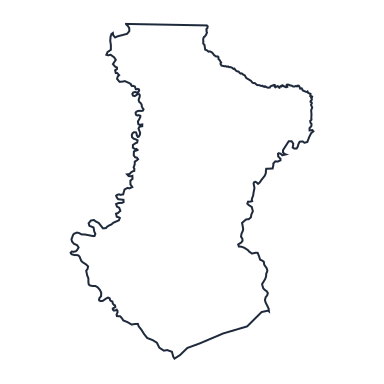 outline of Sherman, Oregon, United States of America, rotated 181°
{"feature_id": "52423323B77848973852884", "entity_name": "Sherman", "entity_type": "district", "adm_level": 2, "iso_a3": "USA", "parent_name": "United States of America", "parent_adm1": "Oregon", "projection": "orthographic", "projection_center": [-120.7, 45.41], "detail": "fine", "context": "isolated", "style": "outline", "palette": "slate", "viewbox_px": 384, "rotation_deg": 181, "n_neighbors": 0, "source": "geoboundaries", "source_scale": "gbopen_adm2", "svg_char_len": 6026}
<svg xmlns="http://www.w3.org/2000/svg" viewBox="0 0 384 384"><g transform="rotate(181 192 192)"><path d="M260.8,358.9L260.7,358.4L259.0,356.9L257.6,354.8L257.5,351.7L259.7,349.0L269.0,346.4L271.6,345.2L273.5,347.4L273.9,349.6L275.3,348.5L276.1,346.0L276.4,341.7L275.7,337.7L275.6,332.8L278.9,330.4L280.0,327.7L278.1,327.2L275.8,327.8L272.3,325.4L270.5,322.8L273.3,318.5L271.0,315.9L269.2,315.2L269.2,313.5L271.0,312.4L270.3,309.6L268.8,309.6L266.9,307.5L268.2,306.4L268.9,303.8L266.4,300.9L263.1,301.2L261.1,301.7L256.6,299.8L254.8,298.6L254.6,297.5L253.8,296.9L252.7,297.1L251.0,296.5L250.0,293.8L248.7,293.8L248.0,294.1L246.9,293.7L246.6,292.5L247.3,291.1L249.2,290.5L250.4,291.0L252.5,290.5L253.4,289.0L252.7,287.3L250.9,286.9L248.8,288.3L248.1,289.1L246.6,288.9L245.9,288.0L246.0,286.1L246.8,284.0L246.9,282.6L246.3,281.1L245.0,280.1L243.9,278.6L243.7,276.7L242.8,274.9L241.9,273.9L242.5,272.5L243.7,272.2L247.1,272.2L249.1,271.3L249.8,270.1L249.4,268.3L248.0,267.5L246.6,267.9L245.0,267.3L245.0,266.1L246.2,263.5L247.3,261.6L246.9,259.0L245.4,258.2L242.9,258.7L242.9,256.9L245.7,256.3L246.6,254.5L244.9,250.3L245.1,248.4L246.2,246.4L247.2,246.1L248.2,247.8L248.4,249.3L249.1,250.7L251.2,250.7L252.4,249.8L253.2,247.9L252.9,245.8L251.3,244.3L248.8,243.5L247.3,242.7L247.7,240.5L249.3,239.8L251.9,238.0L251.9,235.3L249.6,233.8L248.3,234.1L247.2,233.1L248.0,232.6L249.3,232.3L250.8,231.5L250.9,227.7L249.5,225.7L247.7,225.4L246.5,223.9L247.7,222.7L249.7,221.4L249.8,218.5L250.8,215.5L250.0,214.1L250.1,212.1L251.7,211.6L253.3,210.5L254.7,208.9L257.2,208.5L255.6,206.8L253.1,206.7L251.9,207.1L251.7,204.1L253.8,202.3L253.7,198.5L251.8,195.9L254.7,194.5L256.5,195.0L259.5,193.3L260.8,188.4L263.6,187.9L264.8,188.4L266.9,187.8L267.8,186.9L266.9,184.9L265.7,183.5L260.4,183.0L260.2,180.7L261.8,179.9L265.3,179.7L267.7,178.6L266.8,176.1L264.5,175.0L263.3,171.9L265.7,169.7L267.6,169.0L266.8,165.9L264.9,165.5L263.7,164.8L264.6,162.4L270.1,159.9L272.2,158.0L273.8,157.4L276.4,155.7L277.4,154.4L280.4,154.1L284.7,159.4L287.8,160.9L289.6,162.3L292.6,161.7L294.8,158.9L294.0,156.4L289.8,154.8L289.0,150.6L287.9,148.5L288.7,146.3L290.1,146.2L298.0,147.6L301.7,147.7L304.5,149.1L306.4,149.4L309.2,148.2L310.1,147.1L311.7,142.6L311.1,140.4L309.2,138.2L305.9,136.8L304.4,134.5L305.9,131.9L307.1,130.7L309.6,130.1L311.1,130.4L312.3,129.1L311.4,127.7L308.5,126.9L305.8,126.9L304.5,126.6L303.3,125.4L301.5,121.2L300.3,120.0L296.6,117.7L294.6,115.8L295.1,113.2L296.4,111.4L295.4,106.9L294.1,103.9L294.0,99.9L293.6,97.7L292.2,96.7L289.8,96.3L286.9,96.3L284.7,95.1L282.4,92.5L281.0,89.7L281.1,86.2L282.6,84.5L283.1,82.7L282.9,82.0L281.4,81.3L279.3,81.6L276.0,84.0L274.1,85.0L272.4,84.2L272.2,82.8L271.3,81.7L269.7,81.1L269.2,79.0L267.9,77.6L267.0,77.3L266.7,75.6L269.2,74.1L269.0,73.0L268.2,72.1L266.1,72.4L265.2,73.0L264.5,71.9L264.3,70.5L265.3,68.0L264.9,66.6L261.8,66.5L260.7,65.5L259.2,63.6L258.5,62.4L254.3,60.8L250.0,58.4L247.0,59.0L243.8,59.2L243.0,56.8L240.0,53.1L237.4,49.1L234.2,45.2L228.9,43.3L224.5,40.7L222.0,35.8L217.4,32.9L214.0,33.5L209.3,31.9L207.8,26.9L206.6,25.1L201.2,28.7L193.9,36.0L181.5,40.8L158.4,51.1L134.5,58.6L120.3,73.2L113.9,74.7L113.0,74.0L113.4,76.9L116.5,82.9L117.2,85.3L116.5,88.1L115.0,90.0L114.4,92.3L115.6,94.1L117.4,95.3L119.0,96.8L119.9,99.4L120.3,101.2L117.4,106.1L116.5,108.7L116.3,111.9L115.6,113.3L115.3,114.8L116.0,117.1L118.5,120.5L119.0,123.5L120.7,124.7L122.7,125.5L124.0,129.3L125.3,132.3L127.1,132.4L131.0,131.5L133.9,133.5L135.0,134.8L138.8,137.2L141.8,138.2L144.2,138.3L144.9,140.4L141.8,142.4L140.6,144.2L140.9,146.3L142.2,148.1L141.8,151.1L140.4,154.3L140.2,156.0L141.4,162.0L137.5,165.5L134.8,165.8L132.7,167.7L132.2,170.7L130.8,173.8L132.0,178.1L135.0,179.9L136.5,181.3L135.8,183.3L133.9,183.3L131.7,183.9L132.1,185.2L131.8,186.8L130.8,189.5L130.5,192.1L129.6,197.1L130.6,201.6L130.0,202.9L128.7,203.3L127.5,202.6L126.1,201.3L124.4,202.8L122.7,205.4L119.4,209.7L118.5,212.3L118.5,214.2L118.2,216.5L111.8,216.9L111.1,220.4L111.2,221.9L109.2,224.1L106.8,223.9L104.1,225.2L104.1,226.7L106.4,229.0L106.7,231.7L106.0,232.3L103.9,231.8L102.4,230.3L98.9,231.2L100.0,231.6L101.7,233.1L101.7,235.5L96.2,244.4L93.3,244.5L91.6,242.2L91.7,240.6L92.1,238.2L90.5,237.2L88.2,237.3L87.2,238.8L86.4,241.7L85.3,244.1L82.3,244.5L80.4,243.2L77.6,244.0L75.7,249.2L73.9,252.9L71.7,254.8L72.7,256.0L75.5,255.6L75.6,257.9L73.8,260.0L73.7,262.2L74.6,263.0L75.1,265.1L73.8,266.4L74.0,267.9L73.9,271.9L74.3,275.6L73.3,278.7L74.4,280.8L74.5,281.6L74.0,282.2L73.7,283.0L74.1,283.7L75.1,284.3L74.8,285.3L73.8,286.3L73.9,287.3L74.5,288.2L73.7,288.7L73.5,289.5L74.7,290.1L75.4,290.1L75.2,292.2L77.6,293.1L78.2,294.4L78.6,294.0L79.9,294.2L83.1,295.5L83.5,296.6L84.2,297.6L85.6,297.2L86.6,299.5L87.2,300.2L87.9,300.2L88.1,299.7L89.0,299.4L89.8,299.9L91.4,299.2L92.9,299.3L94.2,300.1L95.6,300.2L96.8,300.8L98.1,301.1L99.1,300.9L99.2,300.0L98.7,299.6L98.5,298.8L99.4,298.4L100.4,298.5L100.5,299.0L102.6,299.4L102.7,299.9L103.6,300.3L103.9,299.7L104.6,299.0L105.2,299.4L106.2,298.6L106.4,297.8L107.2,298.1L107.3,298.9L108.5,299.4L110.5,298.1L111.2,298.9L110.8,299.3L111.1,300.4L111.8,300.5L115.4,299.0L116.0,297.8L117.9,297.6L119.5,298.2L120.2,298.8L121.1,298.9L121.3,298.4L122.6,298.7L123.3,299.5L124.6,299.2L126.7,300.0L128.5,300.0L129.1,300.3L131.1,302.0L132.5,302.0L133.4,302.3L135.0,304.2L139.7,306.9L140.6,308.3L141.1,309.4L143.1,310.4L143.7,311.1L144.7,311.5L145.3,311.2L146.2,311.7L147.5,313.2L148.9,313.4L150.4,314.3L151.7,316.1L152.6,315.7L154.0,316.9L155.6,317.5L157.1,317.5L158.2,318.2L159.2,317.8L160.6,318.4L161.9,318.3L164.7,318.9L165.6,320.2L165.7,321.3L165.1,321.9L166.7,324.4L167.7,325.2L167.9,326.3L167.9,327.3L168.6,328.0L170.3,327.9L172.5,329.4L173.4,330.8L174.8,332.1L176.6,332.9L178.0,332.6L179.2,333.7L181.3,334.6L182.1,339.3L182.8,339.9L183.4,340.8L183.3,342.7L183.5,344.8L183.1,346.6L182.8,347.2L182.1,347.5L180.7,349.4L179.8,351.8L180.3,352.7L180.2,354.0L180.5,354.8L180.2,355.5L179.5,356.1L179.4,357.4L179.2,357.9L180.1,358.8L260.8,358.9Z" fill="none" stroke="#1e293b" stroke-width="2"/></g></svg>